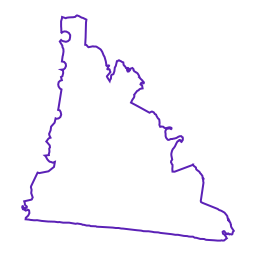 Ada East, Greater Accra, Ghana
{"feature_id": "2480657B57636315193797", "entity_name": "Ada East", "entity_type": "district", "adm_level": 2, "iso_a3": "GHA", "parent_name": "Ghana", "parent_adm1": "Greater Accra", "projection": "natural_earth1", "projection_center": [0.584, 5.876], "detail": "fine", "context": "isolated", "style": "outline", "palette": "violet", "viewbox_px": 256, "rotation_deg": 0, "n_neighbors": 0, "source": "geoboundaries", "source_scale": "gbopen_adm2", "svg_char_len": 5697}
<svg xmlns="http://www.w3.org/2000/svg" viewBox="0 0 256 256"><path d="M233.8,230.9L231.6,227.6L231.3,227.1L230.9,225.6L231.0,224.7L230.7,224.3L230.5,223.2L230.2,222.6L229.4,221.6L229.4,220.9L229.1,220.3L229.0,220.7L229.2,221.0L228.8,221.0L228.3,220.2L228.0,220.1L228.0,219.0L227.6,218.0L227.3,216.2L226.7,215.3L224.5,212.6L221.7,211.0L220.4,210.4L219.5,210.2L218.8,209.8L217.8,209.0L202.6,202.9L201.1,202.1L200.8,201.2L200.8,200.5L201.0,199.5L203.5,182.7L203.2,181.2L203.2,180.1L203.0,179.6L203.0,179.4L203.1,179.2L203.4,179.2L203.6,178.9L203.1,178.3L202.9,178.2L203.0,178.7L202.9,178.9L202.6,178.1L202.9,177.7L202.6,177.4L202.4,175.9L201.0,174.0L200.2,173.2L199.4,171.8L196.6,169.7L196.2,169.2L195.9,167.5L193.7,165.8L192.9,164.8L193.0,164.5L192.8,164.5L192.5,165.0L174.6,171.7L172.5,171.6L172.3,168.9L172.5,166.9L172.5,164.8L171.8,164.0L171.4,162.9L171.1,162.5L171.0,162.2L171.2,161.0L172.2,159.6L171.4,155.7L171.3,154.3L171.4,153.3L172.0,150.9L172.8,149.1L173.9,147.9L175.0,146.3L176.4,143.3L177.2,141.9L177.6,141.3L178.7,141.0L178.9,140.8L179.1,140.2L179.5,140.0L179.8,140.0L180.5,140.3L180.9,141.1L181.0,141.6L181.5,141.9L182.7,140.1L182.6,139.7L182.9,139.1L182.7,137.4L182.1,137.1L181.3,136.2L179.9,136.2L178.3,136.8L176.9,137.7L176.3,138.0L174.2,138.6L173.1,138.7L172.4,139.0L170.8,139.0L168.9,139.9L168.3,139.9L167.7,139.7L166.1,137.7L165.7,136.5L165.6,135.8L165.6,133.8L165.3,132.0L165.4,131.0L165.8,130.0L166.6,129.0L167.1,128.8L169.2,128.4L169.6,128.4L171.1,129.1L171.5,128.7L171.4,127.9L170.6,127.5L169.2,127.3L165.8,128.2L164.5,127.9L164.0,127.5L163.4,126.8L161.6,126.5L161.1,126.7L160.2,126.8L159.5,125.2L159.4,124.5L159.6,123.0L159.3,119.9L159.1,119.3L158.2,118.6L157.8,118.1L156.4,115.7L156.1,114.7L155.4,114.2L154.9,114.1L154.3,113.3L154.2,112.9L153.8,112.4L152.2,111.6L151.6,111.6L149.5,112.7L140.1,107.5L131.0,102.6L132.3,99.9L133.1,98.7L133.6,98.1L134.2,96.9L134.4,95.8L134.3,95.2L134.1,94.9L136.4,91.9L137.3,90.8L138.6,90.3L139.2,89.5L139.7,89.1L140.8,88.7L142.6,88.4L142.1,85.5L142.0,85.3L141.6,85.2L141.5,84.7L140.8,84.6L140.5,84.4L140.9,83.3L141.5,82.8L142.3,82.6L142.8,82.8L143.4,83.3L143.6,83.3L143.9,82.8L143.8,82.2L143.1,81.6L142.4,80.5L140.8,79.0L139.3,77.4L139.6,77.3L139.5,77.1L139.0,75.8L138.3,74.5L137.5,73.3L136.3,72.4L135.8,72.3L135.4,71.9L134.3,71.3L133.6,70.3L133.5,70.0L133.6,69.6L133.5,69.2L132.4,68.0L130.6,68.7L130.4,68.7L129.9,69.0L129.9,69.5L130.0,70.1L129.6,70.6L128.7,71.5L128.5,71.4L128.2,70.9L127.7,70.9L127.5,71.1L127.0,70.0L127.1,69.6L127.5,69.8L128.2,69.0L128.4,68.3L128.3,68.1L128.1,68.0L127.7,68.4L127.2,68.0L126.8,68.1L126.7,68.5L125.9,68.0L125.6,67.2L125.0,66.3L124.6,66.1L123.6,64.8L123.3,62.4L121.7,61.8L120.8,61.1L120.2,61.0L119.4,60.4L118.8,60.3L118.2,60.6L117.6,61.2L116.9,61.2L115.8,65.9L114.8,67.6L114.4,71.2L113.4,74.1L113.1,74.3L111.6,74.8L111.2,75.5L110.9,78.7L110.0,80.0L109.7,81.1L108.1,78.6L107.3,77.4L106.9,76.3L109.5,73.2L110.4,72.0L109.8,70.6L109.7,69.7L109.5,69.4L109.2,69.2L108.5,69.1L107.9,69.4L107.6,69.3L107.4,69.2L107.5,68.5L108.3,66.7L108.8,66.2L109.1,65.8L109.1,65.6L108.4,65.4L106.7,65.9L106.4,65.6L106.2,65.3L106.3,64.5L105.8,61.3L104.5,56.8L103.6,55.3L102.3,52.0L101.2,50.2L100.7,49.5L99.9,48.9L96.5,46.7L95.6,46.5L93.6,46.5L93.0,46.3L88.5,47.2L88.2,47.0L86.4,45.0L85.2,44.8L85.6,37.7L86.0,22.5L86.4,19.6L82.9,17.9L81.6,17.6L79.0,16.1L77.0,15.4L76.0,16.0L75.3,16.8L73.5,17.2L69.2,17.4L66.9,17.7L65.8,18.2L62.1,17.0L62.0,18.2L61.1,21.2L61.1,26.4L61.3,28.9L61.3,31.0L61.6,31.8L61.3,32.3L61.7,32.8L63.0,31.8L64.6,31.4L66.4,31.6L68.8,32.9L70.2,35.1L70.1,37.2L69.6,39.7L67.9,41.2L65.9,41.8L62.9,41.1L61.7,40.6L61.1,40.0L59.8,41.5L62.0,45.1L62.3,45.5L62.4,46.6L62.6,47.6L63.2,48.4L63.4,49.4L63.5,51.6L63.0,55.0L62.6,56.3L61.9,61.5L64.1,61.9L65.7,63.7L66.0,66.0L65.0,68.2L63.7,69.4L61.3,69.7L63.0,70.5L63.2,73.0L62.4,76.2L61.0,77.0L61.9,80.2L60.2,80.7L58.7,82.1L58.2,84.4L58.6,86.5L60.0,88.6L61.5,89.4L58.5,108.1L58.1,109.9L59.8,110.4L60.7,112.1L61.2,114.7L60.3,117.1L58.6,118.4L56.4,118.8L55.6,118.4L54.6,122.7L51.1,126.6L50.6,130.3L49.1,133.9L49.4,135.4L50.5,137.7L49.0,138.2L48.3,138.8L46.3,141.5L47.2,142.4L49.7,145.4L50.0,147.3L49.2,148.7L49.4,150.8L49.4,152.0L48.8,154.0L48.9,155.1L44.9,155.6L45.6,156.2L47.3,159.3L48.5,160.7L49.6,161.7L51.1,162.0L52.9,162.7L53.4,162.7L53.9,162.3L54.3,162.4L54.6,161.9L54.9,161.8L54.0,166.9L48.5,171.3L39.3,173.1L37.6,172.6L31.1,186.2L30.9,187.1L31.6,189.9L31.2,193.1L32.7,197.4L31.8,199.4L31.2,199.7L24.2,201.3L24.8,203.0L24.9,204.5L25.6,205.5L26.8,206.5L26.7,207.8L25.0,208.0L25.0,208.6L23.2,207.5L23.2,206.6L22.8,206.1L22.4,206.3L22.2,207.3L22.9,209.2L23.5,209.3L24.6,209.9L25.8,210.6L26.1,210.3L28.5,209.9L29.1,210.5L29.4,213.1L28.2,215.6L25.8,217.8L25.6,219.3L28.9,219.6L30.4,219.9L34.2,220.3L37.2,220.2L41.5,220.9L47.9,221.5L54.5,221.7L58.1,222.2L59.2,222.0L63.3,222.7L69.3,222.7L75.6,223.8L77.3,223.5L81.4,224.2L82.8,224.8L83.9,224.8L86.5,225.5L88.6,225.5L89.6,225.6L90.7,226.1L95.8,226.3L96.8,226.7L100.8,226.9L112.8,227.6L115.8,228.0L118.7,228.0L121.1,228.5L123.1,228.6L136.6,230.2L141.0,230.6L143.7,231.2L148.7,231.3L152.3,231.8L154.1,232.2L158.3,232.4L160.3,232.9L171.8,234.2L175.3,234.8L178.0,234.8L183.9,235.9L187.2,236.1L188.7,236.5L191.1,236.7L193.0,236.7L194.7,237.7L196.4,237.8L200.2,238.9L204.0,239.0L206.0,239.8L214.1,240.3L217.6,240.6L220.6,240.6L221.3,240.3L222.1,240.5L224.0,240.5L226.8,238.3L226.5,238.0L226.1,236.9L224.4,234.6L223.8,234.2L223.2,233.9L223.0,233.7L222.6,231.9L223.1,231.4L223.9,231.1L224.5,231.4L225.1,232.4L225.9,233.2L226.4,234.0L226.6,234.1L226.9,233.8L227.5,234.0L227.8,233.5L228.1,233.4L228.5,233.5L229.2,234.3L229.4,234.1L230.0,234.1L231.8,234.5L232.4,234.0L232.8,232.1L233.8,230.9Z" fill="none" stroke="#5b21b6" stroke-width="2"/></svg>